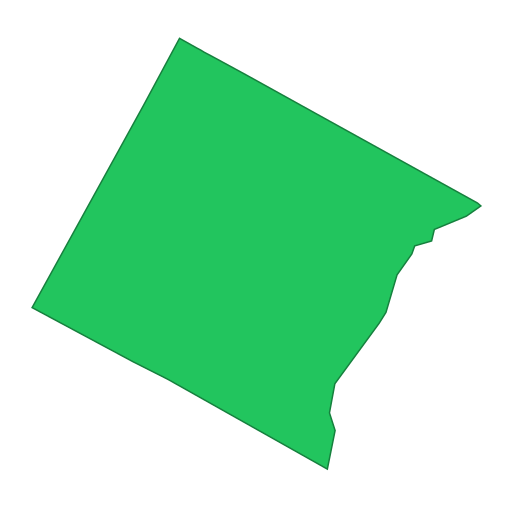 Richland, Wisconsin, United States of America (orthographic projection), rotated 299°
{"feature_id": "52423323B47110038275791", "entity_name": "Richland", "entity_type": "district", "adm_level": 2, "iso_a3": "USA", "parent_name": "United States of America", "parent_adm1": "Wisconsin", "projection": "orthographic", "projection_center": [-90.361, 43.36], "detail": "fine", "context": "isolated", "style": "filled", "palette": "green", "viewbox_px": 512, "rotation_deg": 299, "n_neighbors": 0, "source": "geoboundaries", "source_scale": "gbopen_adm2", "svg_char_len": 490}
<svg xmlns="http://www.w3.org/2000/svg" viewBox="0 0 512 512"><g transform="rotate(299 256 256)"><path d="M333.1,84.6L256.1,84.8L102.3,85.2L103.9,199.9L105.4,238.4L104.2,421.7L141.7,409.8L154.4,396.3L182.5,386.9L256.8,396.3L269.7,397.0L307.9,388.5L333.4,391.3L341.8,389.9L354.3,402.3L365.7,399.1L392.9,420.7L408.8,428.4L409.7,424.1L409.6,238.0L409.6,161.0L409.3,122.3L409.1,111.8L409.3,108.0L409.2,103.1L409.3,83.6L333.1,84.6Z" fill="#22c55e" stroke="#15803d" stroke-width="1.5"/></g></svg>